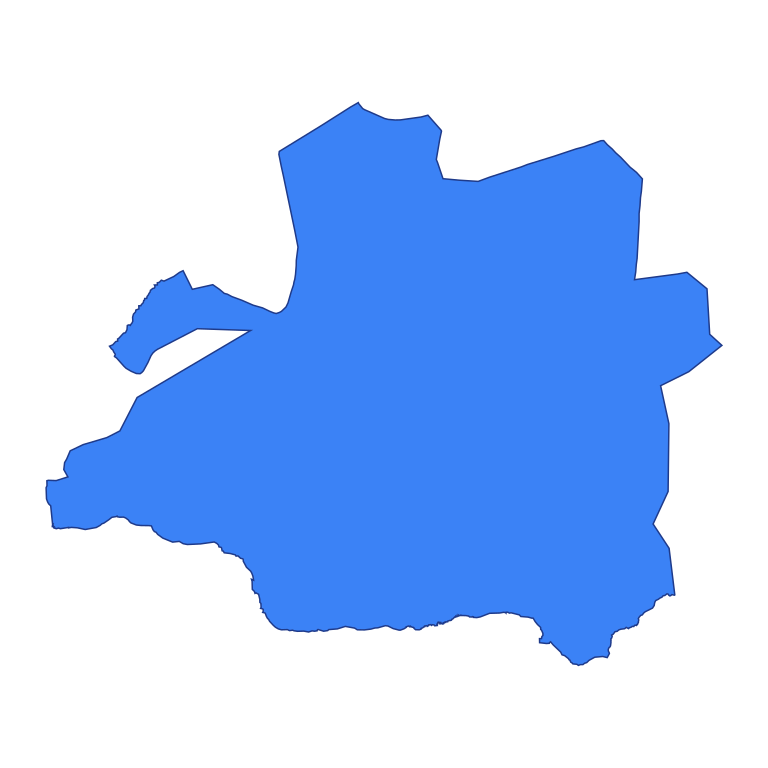 the district of Leikanger nor, Sogn og Fjordane, Norway
{"feature_id": "86288312B45194793520857", "entity_name": "Leikanger nor", "entity_type": "district", "adm_level": 2, "iso_a3": "NOR", "parent_name": "Norway", "parent_adm1": "Sogn og Fjordane", "projection": "orthographic", "projection_center": [6.794, 61.244], "detail": "fine", "context": "isolated", "style": "filled", "palette": "blue", "viewbox_px": 768, "rotation_deg": 0, "n_neighbors": 0, "source": "geoboundaries", "source_scale": "gbopen_adm2", "svg_char_len": 6071}
<svg xmlns="http://www.w3.org/2000/svg" viewBox="0 0 768 768"><path d="M183.1,270.7L179.5,272.4L173.8,276.5L164.0,281.1L161.3,280.2L159.3,282.3L157.3,282.8L157.4,284.9L154.4,285.0L154.9,286.0L154.9,287.0L154.5,288.0L152.4,288.6L151.5,289.6L150.5,290.2L150.0,292.2L149.1,293.3L148.1,295.3L147.1,296.4L146.7,298.4L144.7,298.5L144.4,300.2L143.7,300.6L143.3,302.6L141.3,304.7L140.9,305.7L138.8,305.8L138.9,308.9L135.9,310.0L135.5,312.0L133.5,314.1L132.6,317.2L132.8,321.3L131.8,323.3L130.8,324.4L130.4,325.4L129.3,324.9L128.3,325.0L127.3,325.5L127.0,329.6L125.5,332.7L123.5,333.2L118.6,338.5L117.6,339.0L117.7,341.1L115.7,341.6L112.8,344.8L109.5,346.2L111.4,348.8L112.9,350.0L113.7,351.9L115.1,354.0L115.3,354.8L114.4,356.2L114.6,356.6L116.5,357.9L123.9,366.2L126.2,368.4L131.2,371.3L136.3,373.5L140.1,373.7L141.7,372.6L143.4,370.8L147.9,362.6L151.0,355.7L152.8,353.1L155.0,351.0L157.5,349.3L197.3,328.7L250.6,330.5L137.1,397.5L119.9,430.9L106.8,437.6L83.2,444.6L70.2,450.8L66.7,459.0L64.6,462.6L63.8,469.6L67.9,476.9L56.2,480.6L48.3,480.3L46.9,480.7L47.0,485.7L46.1,487.7L46.5,498.9L47.6,501.9L48.7,503.9L50.7,505.8L52.5,523.5L52.8,523.4L53.2,523.8L52.8,524.3L52.5,523.7L52.6,524.9L52.9,525.1L52.6,525.4L53.8,526.5L51.6,526.5L53.6,526.8L53.6,527.5L53.8,527.9L56.3,528.7L58.5,528.1L60.4,528.7L68.6,527.4L68.6,527.9L71.3,527.4L77.3,527.8L85.2,529.5L96.3,527.5L100.1,525.4L101.9,523.8L103.9,523.1L108.6,519.9L111.9,517.3L116.1,516.6L117.1,516.1L117.5,516.8L119.6,517.2L123.6,517.1L125.7,518.0L128.4,520.0L129.4,521.5L130.9,522.9L136.3,525.0L141.0,525.5L149.0,525.6L151.4,525.9L153.0,529.8L154.4,531.6L156.0,532.2L157.7,534.4L162.8,538.1L172.6,542.1L179.3,541.4L183.2,543.7L187.3,544.5L200.5,543.9L214.2,542.0L216.8,543.4L218.4,544.9L219.0,546.9L221.0,547.3L221.5,547.8L222.1,550.8L223.4,551.2L224.2,552.8L230.2,553.5L235.4,554.9L236.0,556.1L238.0,555.9L240.6,558.3L242.7,558.8L243.2,559.3L243.3,561.3L246.5,567.3L250.7,571.2L251.8,573.2L252.9,576.2L253.6,580.2L251.5,579.3L252.1,581.3L252.3,589.4L254.4,591.4L255.0,593.4L256.0,592.9L258.6,594.3L259.8,599.3L259.9,602.4L260.9,603.4L261.1,607.4L260.6,608.4L262.6,608.9L263.2,609.4L263.2,611.4L262.7,612.4L264.8,612.9L265.3,613.4L266.4,616.4L267.5,618.4L268.6,619.4L269.6,621.3L273.3,625.3L275.4,627.2L278.3,628.9L281.4,629.8L287.4,629.6L289.5,630.6L292.7,630.2L294.0,630.8L297.6,631.3L303.7,631.1L308.6,632.0L312.0,630.9L314.7,631.2L317.1,630.8L317.1,630.5L317.5,629.7L318.1,629.5L323.6,631.2L327.7,630.6L328.7,629.6L337.4,628.9L345.3,626.4L354.6,628.1L357.3,629.8L364.4,629.9L370.9,629.1L374.9,628.0L377.9,627.8L385.3,625.7L387.9,626.0L393.2,628.6L399.0,630.1L400.5,630.1L404.0,628.8L406.2,627.4L406.1,626.9L408.5,626.0L409.1,626.1L409.4,626.7L410.3,626.2L410.5,626.7L410.9,626.5L412.1,627.2L413.4,627.4L413.9,627.7L414.0,628.4L415.6,629.7L419.3,629.8L421.1,629.1L421.1,628.4L422.6,627.9L423.9,626.8L424.7,626.8L425.0,626.4L424.8,626.0L426.6,625.6L426.6,625.2L427.2,626.4L428.6,625.6L428.6,624.9L430.9,624.6L431.4,625.4L432.6,624.7L434.0,624.9L434.7,625.8L437.3,625.5L436.9,624.2L437.7,624.0L437.7,623.0L438.3,622.9L438.1,622.2L438.3,622.1L439.7,622.4L439.9,624.5L440.1,623.7L440.7,623.6L441.0,622.9L441.3,623.5L442.3,624.0L443.4,623.8L443.3,622.8L444.4,622.9L444.4,622.3L445.1,622.0L445.7,622.3L445.9,621.8L447.7,621.8L447.9,621.0L450.1,620.4L450.7,620.5L451.5,620.1L451.8,619.3L452.7,619.0L454.9,616.9L455.3,617.1L455.7,616.3L455.9,616.6L456.9,616.3L457.0,616.0L457.1,616.4L457.4,616.0L458.0,616.2L458.9,615.9L458.8,615.4L459.2,615.7L460.6,615.2L460.6,615.5L461.7,615.5L466.0,615.6L468.7,616.1L469.5,616.9L472.0,617.0L472.4,616.6L473.5,616.8L473.7,617.1L473.6,617.4L476.8,617.6L480.3,616.9L489.6,613.3L499.7,613.0L503.7,612.3L505.6,612.6L506.0,613.1L506.2,612.2L507.7,612.2L509.4,613.1L511.1,612.8L519.4,614.9L520.8,616.5L528.1,617.1L531.6,618.1L533.2,618.2L535.1,621.5L537.5,624.5L540.6,627.4L540.7,629.4L541.6,630.3L542.9,633.4L542.9,635.5L541.9,636.5L541.5,638.6L539.5,638.6L539.6,642.7L546.4,643.5L549.3,643.3L549.6,642.5L550.6,641.8L553.2,644.9L560.7,652.1L562.0,654.8L564.6,655.6L568.4,658.6L569.2,659.9L569.9,660.1L570.7,662.1L571.8,662.7L572.9,663.9L576.9,664.3L578.4,665.4L580.4,664.6L582.9,664.6L584.5,663.3L586.7,662.6L589.1,660.3L594.8,657.2L602.8,656.5L607.2,657.6L609.4,653.5L609.2,652.7L608.3,651.0L608.3,649.2L609.1,647.5L609.8,647.1L610.5,645.9L610.8,643.8L611.0,641.9L610.8,640.9L611.1,640.1L610.9,639.5L611.0,638.6L611.7,638.0L612.2,636.3L611.6,635.1L613.3,634.1L615.0,631.7L617.2,631.3L618.8,629.9L620.9,629.2L624.7,628.7L626.2,627.4L628.6,628.6L629.2,627.8L631.0,627.3L632.2,626.4L633.8,626.5L634.5,625.4L635.6,625.2L636.5,625.5L636.7,625.3L636.8,624.6L637.5,624.4L637.7,623.5L638.4,622.6L638.3,621.8L638.6,620.9L638.7,620.1L638.6,619.3L638.3,618.7L638.9,617.5L640.7,615.4L642.3,614.9L643.8,612.9L645.3,611.7L652.5,608.1L654.2,605.5L654.6,603.1L655.1,601.6L655.8,600.5L658.3,599.3L660.4,597.8L661.8,597.3L663.2,595.7L664.8,595.5L667.0,593.8L668.2,594.2L668.8,595.2L669.8,595.9L670.6,595.7L671.9,594.6L674.4,595.2L674.8,594.9L669.1,548.3L653.1,524.0L668.1,491.5L668.9,423.7L660.6,385.7L688.8,371.7L721.9,345.4L709.7,334.3L707.0,288.8L686.9,272.3L677.7,274.0L634.5,279.7L635.7,272.1L636.3,264.4L637.1,258.5L639.1,221.6L639.1,213.6L640.0,205.7L640.5,197.6L641.4,191.2L642.4,178.9L636.5,172.4L630.1,167.2L620.6,157.2L615.7,152.8L612.2,149.0L607.3,144.7L603.7,140.6L601.0,140.7L583.7,146.9L576.1,148.9L553.9,156.3L527.4,164.5L521.3,166.9L489.5,177.2L478.2,181.4L459.3,180.2L443.0,178.7L437.6,162.7L436.3,159.5L439.8,139.0L441.5,131.1L441.0,130.1L427.9,115.2L421.1,117.0L400.4,119.9L395.2,120.0L388.2,119.4L384.6,118.5L364.6,109.7L362.7,108.6L358.8,103.8L358.3,102.6L350.8,106.9L320.5,126.1L279.3,151.4L278.9,154.4L281.2,166.0L283.3,175.5L294.7,230.2L298.0,247.1L296.3,260.3L296.2,265.9L295.5,274.5L294.8,279.2L294.0,282.0L293.5,284.9L291.2,291.8L288.0,302.9L286.0,307.0L281.4,311.4L279.3,312.5L276.2,313.5L273.7,312.9L269.9,311.4L262.6,307.9L253.2,305.2L241.7,300.2L231.9,296.6L227.4,294.2L224.3,293.4L219.4,289.3L212.8,284.7L192.3,289.3L183.1,270.7Z" fill="#3b82f6" stroke="#1e3a8a" stroke-width="1.5"/></svg>